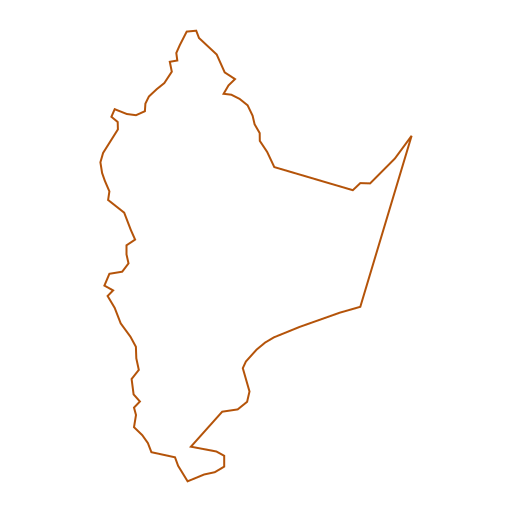 the district of Almino Afonso, Rio Grande do Norte, Brazil
{"feature_id": "56859067B53206467029095", "entity_name": "Almino Afonso", "entity_type": "district", "adm_level": 2, "iso_a3": "BRA", "parent_name": "Brazil", "parent_adm1": "Rio Grande do Norte", "projection": "mercator", "projection_center": [-37.775, -6.157], "detail": "fine", "context": "isolated", "style": "outline", "palette": "amber", "viewbox_px": 512, "rotation_deg": 0, "n_neighbors": 0, "source": "geoboundaries", "source_scale": "gbopen_adm2", "svg_char_len": 1213}
<svg xmlns="http://www.w3.org/2000/svg" viewBox="0 0 512 512"><path d="M411.6,135.8L394.9,158.5L370.1,183.4L360.3,183.1L352.8,190.2L274.3,167.1L267.2,152.0L259.8,140.9L259.7,133.1L254.6,124.3L252.6,115.7L247.6,105.3L239.6,98.9L231.3,94.7L223.6,93.8L228.5,85.4L235.0,79.1L224.7,72.4L216.7,54.5L199.0,38.0L196.2,30.7L186.7,31.6L179.8,45.1L176.3,53.0L177.3,60.5L169.8,61.8L171.8,71.7L164.3,83.1L156.8,89.1L148.9,96.5L145.4,103.6L144.9,111.2L136.0,115.2L126.8,114.0L114.7,109.2L111.4,116.8L117.7,122.0L117.9,129.4L103.1,152.9L100.4,162.3L102.1,173.0L104.8,180.7L109.4,191.4L108.1,200.0L124.2,212.7L130.8,229.9L135.1,239.6L126.5,245.3L126.5,254.4L128.5,263.4L122.2,271.7L109.4,273.8L104.4,285.6L113.1,290.4L107.6,296.0L114.7,307.9L120.7,323.4L130.5,336.8L135.9,346.8L136.3,358.3L138.8,369.9L131.6,379.0L133.6,394.4L139.9,401.5L134.0,407.6L136.0,415.0L134.0,427.2L142.3,435.2L147.9,443.1L151.4,452.2L175.0,457.3L178.1,465.8L187.6,481.3L204.1,474.5L214.8,472.2L224.2,466.6L224.2,455.8L216.4,451.5L190.9,446.7L222.2,411.7L237.7,409.4L247.1,401.8L249.5,391.5L242.8,368.2L245.9,361.5L256.6,349.6L265.2,342.5L274.0,337.3L299.6,326.9L339.7,312.7L360.3,306.8L411.6,135.8Z" fill="none" stroke="#b45309" stroke-width="2"/></svg>